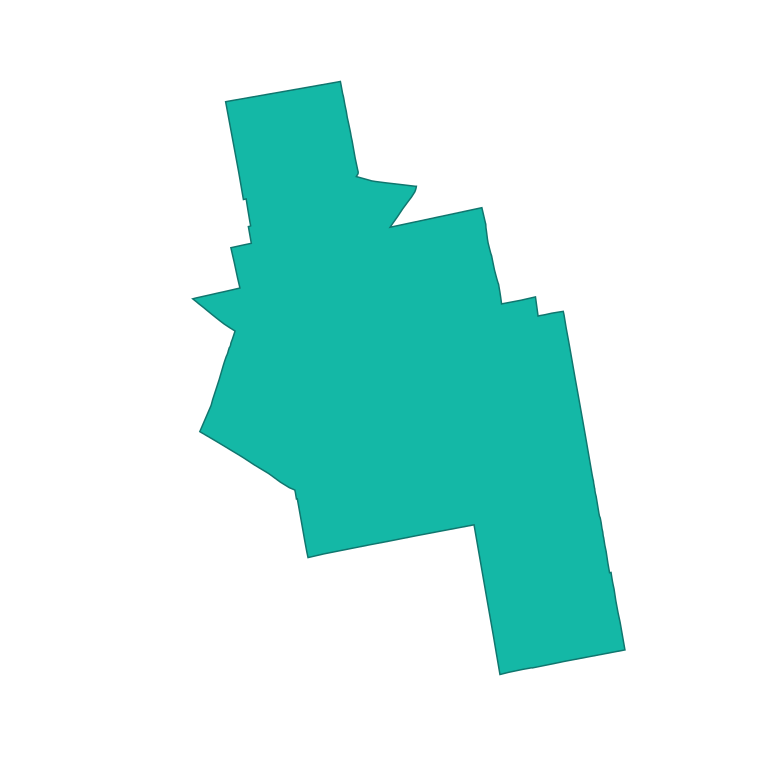 the district of Silistea Crucii, Dolj, Romania, rotated 79°
{"feature_id": "2599482B51725370061105", "entity_name": "Silistea Crucii", "entity_type": "district", "adm_level": 2, "iso_a3": "ROU", "parent_name": "Romania", "parent_adm1": "Dolj", "projection": "mercator", "projection_center": [23.474, 44.047], "detail": "fine", "context": "isolated", "style": "filled", "palette": "teal", "viewbox_px": 768, "rotation_deg": 79, "n_neighbors": 0, "source": "geoboundaries", "source_scale": "gbopen_adm2", "svg_char_len": 2753}
<svg xmlns="http://www.w3.org/2000/svg" viewBox="0 0 768 768"><g transform="rotate(79 384 384)"><path d="M691.3,325.6L690.8,316.6L690.7,308.7L690.6,301.9L690.7,296.4L690.7,293.5L691.0,292.7L691.0,291.9L690.8,265.1L690.7,261.1L691.0,198.2L689.8,198.2L663.2,197.7L653.0,197.9L641.0,197.8L629.1,197.3L624.9,197.4L621.3,197.4L617.6,197.3L614.9,197.2L612.3,197.1L612.3,198.6L602.2,198.4L590.7,197.9L584.4,198.0L576.9,197.7L574.8,197.8L571.0,197.5L567.6,197.6L561.5,197.3L558.7,197.3L557.1,197.3L555.9,197.4L555.2,197.7L554.4,197.7L551.8,197.7L541.7,197.4L534.8,197.2L533.2,197.3L531.5,197.4L528.6,197.3L527.9,197.2L526.9,197.1L525.9,197.2L523.2,197.1L521.3,197.1L519.2,196.9L516.8,197.0L512.8,197.0L474.2,196.2L457.6,195.9L431.6,195.5L415.7,195.3L389.3,194.8L376.7,194.6L364.1,194.5L357.1,194.3L350.6,194.1L346.9,194.2L346.7,199.7L346.5,205.8L346.7,213.3L346.6,218.0L346.7,219.8L327.4,218.7L327.9,233.7L327.8,253.3L324.4,253.1L320.8,252.9L316.1,252.7L311.9,252.6L307.9,252.5L306.2,252.8L304.1,253.0L301.9,253.2L299.1,253.4L293.0,253.8L283.2,253.9L278.8,253.9L275.9,254.3L271.1,254.6L265.2,254.9L261.4,254.8L253.9,254.3L250.1,254.1L246.4,253.6L245.7,253.7L229.6,254.3L231.3,348.1L228.4,345.2L222.2,338.7L215.5,332.1L209.0,325.0L205.9,321.5L201.3,317.1L199.7,316.1L197.7,315.1L196.1,314.5L196.0,315.0L195.8,315.8L190.8,331.4L187.1,343.1L183.6,353.7L182.2,357.5L181.4,359.0L178.0,365.8L175.1,371.6L173.7,370.4L173.4,370.0L172.9,369.6L172.4,369.3L171.9,369.1L170.9,368.9L168.3,369.0L156.7,369.2L139.2,368.9L135.4,369.0L130.7,368.9L123.2,369.0L118.8,369.1L115.3,369.2L109.1,369.0L103.8,369.1L100.7,369.1L96.7,369.0L93.9,369.0L90.9,369.2L82.1,369.1L78.8,369.1L78.7,369.1L78.7,371.7L76.7,482.9L76.7,485.6L148.1,486.2L176.1,486.8L176.0,484.0L187.7,484.4L199.3,484.7L203.3,484.7L203.6,485.9L203.6,487.1L220.6,487.4L220.7,494.9L221.0,507.5L221.0,508.3L230.5,508.0L236.1,507.8L241.8,507.7L252.1,507.5L262.3,507.1L262.6,515.1L262.9,524.3L263.0,529.4L263.3,538.1L263.5,545.7L263.7,552.6L263.9,555.5L267.8,552.2L269.7,550.7L273.6,547.3L277.6,544.0L282.9,539.6L286.8,536.3L291.1,532.6L294.6,529.5L299.4,524.6L303.3,520.4L303.6,520.1L311.1,524.3L314.5,526.4L315.2,526.7L316.3,527.1L317.3,527.6L318.3,528.3L318.9,529.0L319.3,529.2L321.3,530.3L323.8,531.5L325.4,532.5L326.9,533.6L331.4,536.2L335.1,538.2L348.3,545.0L362.9,553.1L366.5,555.1L371.6,557.6L372.3,558.0L395.6,573.9L396.6,572.8L408.6,559.2L428.5,537.2L438.8,526.6L449.8,514.4L460.6,504.4L467.7,496.7L471.0,491.8L473.4,491.7L476.7,491.8L480.2,491.9L480.2,491.0L499.6,491.3L516.9,491.6L522.0,491.7L534.1,491.8L539.9,491.7L539.3,475.7L539.1,431.1L539.2,406.9L539.1,380.9L539.4,322.5L545.0,322.6L609.3,323.9L653.3,324.7L669.3,325.1L674.2,325.2L691.3,325.6Z" fill="#14b8a6" stroke="#0f766e" stroke-width="1.5"/></g></svg>